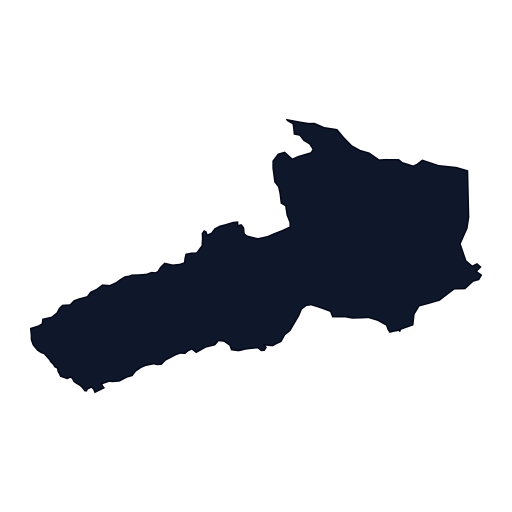 the district of Kato Lefkara, Larnaca, Cyprus
{"feature_id": "46923920B54112432115071", "entity_name": "Kato Lefkara", "entity_type": "district", "adm_level": 2, "iso_a3": "CYP", "parent_name": "Cyprus", "parent_adm1": "Larnaca", "projection": "robinson", "projection_center": [33.345, 34.873], "detail": "fine", "context": "isolated", "style": "filled", "palette": "ink", "viewbox_px": 512, "rotation_deg": 0, "n_neighbors": 0, "source": "geoboundaries", "source_scale": "gbopen_adm2", "svg_char_len": 2717}
<svg xmlns="http://www.w3.org/2000/svg" viewBox="0 0 512 512"><path d="M399.5,331.6L400.7,329.1L412.8,324.8L413.9,314.2L419.0,305.8L428.4,303.3L439.4,300.1L447.8,293.6L454.2,288.8L464.8,288.6L473.0,281.1L478.7,279.5L481.3,275.1L476.1,271.5L480.5,267.0L477.0,263.9L472.2,266.3L465.8,260.9L460.0,243.8L466.9,228.2L468.6,217.2L467.5,170.9L456.4,167.6L438.5,165.7L422.3,160.3L417.3,164.3L413.2,166.2L402.1,162.7L398.7,159.8L385.4,159.7L379.0,160.1L369.2,153.2L359.9,150.5L351.6,145.9L343.6,137.7L336.9,129.7L324.0,127.7L314.4,123.5L308.5,123.6L300.3,122.3L287.1,119.8L287.5,120.5L293.2,123.8L293.9,129.0L294.4,134.0L299.9,135.1L304.0,140.4L309.7,143.8L313.3,149.3L311.2,152.8L298.4,156.6L292.3,159.3L284.6,152.4L278.3,154.2L273.1,161.1L273.1,168.1L274.1,175.7L274.9,181.9L278.7,186.7L280.2,193.6L281.3,203.1L285.8,205.7L287.2,215.0L290.1,222.3L290.2,227.0L282.1,230.8L279.7,231.7L273.8,234.0L267.9,236.6L261.9,238.0L257.6,238.8L253.5,237.8L247.2,236.2L244.1,234.0L243.5,227.9L241.2,224.9L237.7,225.8L237.6,222.1L233.3,222.5L225.3,224.9L220.1,226.2L215.0,228.8L211.7,233.2L207.1,235.3L206.0,232.0L204.2,231.0L202.4,233.5L202.6,238.3L202.2,245.9L200.3,248.2L197.8,251.8L196.4,253.2L191.7,253.2L186.1,254.3L185.0,258.9L184.7,262.8L179.7,264.5L172.7,265.2L164.7,263.4L160.6,267.5L158.1,271.5L155.8,272.9L151.5,272.6L146.6,274.4L138.9,275.0L131.9,275.2L129.6,276.2L127.0,276.6L125.1,276.9L120.3,279.8L116.4,282.7L109.8,285.7L102.5,285.1L96.7,289.5L90.7,292.3L87.4,296.8L79.2,299.0L74.2,300.8L70.1,305.0L62.6,305.4L59.6,308.3L57.1,313.0L51.8,317.3L42.9,319.3L42.3,323.9L38.5,326.1L30.7,328.5L31.4,335.4L31.4,339.5L33.3,344.9L37.7,350.2L41.4,352.6L44.2,353.5L50.1,360.1L50.5,361.3L53.3,364.1L55.0,366.8L57.6,368.1L58.2,371.5L59.7,374.0L60.6,376.2L63.3,377.1L67.3,378.5L70.0,377.1L72.3,378.0L74.0,381.4L76.2,383.0L80.1,385.3L82.3,387.3L85.0,390.8L86.5,390.8L87.2,389.0L91.4,387.0L93.6,388.9L95.0,392.2L97.2,391.1L103.9,387.8L102.7,386.4L101.4,383.8L109.3,381.1L112.5,381.5L119.4,380.9L126.8,377.0L132.1,375.5L135.4,371.1L140.8,367.4L145.3,365.4L153.6,363.7L157.5,364.5L161.3,364.2L165.2,360.1L175.5,354.7L180.2,353.0L184.9,353.3L187.8,350.8L191.8,348.8L196.2,352.3L201.7,349.2L205.8,346.9L214.7,344.8L218.4,340.5L224.1,341.1L230.0,345.2L231.6,349.7L238.3,350.6L241.2,350.1L244.1,349.2L249.1,348.5L254.9,347.9L258.1,347.7L261.3,350.5L264.3,350.2L266.0,347.4L264.1,344.7L267.0,345.1L272.7,345.6L275.8,343.8L280.9,341.4L284.7,334.6L289.9,330.5L298.6,315.6L301.4,309.0L306.1,305.4L311.1,304.6L316.9,306.4L322.9,308.4L330.6,311.3L332.7,316.7L345.3,316.7L352.4,318.0L362.2,317.7L368.5,317.4L377.5,320.1L386.6,325.1L388.2,329.5L389.9,332.1L393.0,331.3L399.5,330.0L399.5,331.6Z" fill="#0f172a" stroke="#020617" stroke-width="1.5"/></svg>